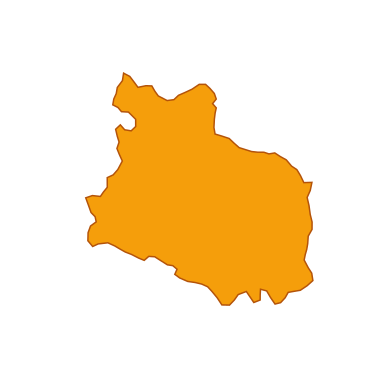 Pedro Teixeira, Minas Gerais, Brazil (Albers equal-area conic projection), rotated 158°
{"feature_id": "56859067B10372811020513", "entity_name": "Pedro Teixeira", "entity_type": "district", "adm_level": 2, "iso_a3": "BRA", "parent_name": "Brazil", "parent_adm1": "Minas Gerais", "projection": "albers", "projection_center": [-43.727, -21.732], "detail": "fine", "context": "isolated", "style": "filled", "palette": "amber", "viewbox_px": 384, "rotation_deg": 158, "n_neighbors": 0, "source": "geoboundaries", "source_scale": "gbopen_adm2", "svg_char_len": 1713}
<svg xmlns="http://www.w3.org/2000/svg" viewBox="0 0 384 384"><g transform="rotate(158 192 192)"><path d="M77.2,156.0L84.8,158.8L85.3,166.7L86.4,173.4L90.0,178.7L92.5,186.4L97.0,192.0L100.6,197.2L106.4,198.5L110.4,201.9L116.2,204.3L121.6,207.2L126.0,210.8L131.7,215.5L134.7,221.5L137.5,227.7L143.4,232.7L148.9,237.1L147.5,243.6L144.0,251.1L141.0,256.5L138.0,260.9L139.8,266.2L134.7,269.1L134.4,275.0L136.6,281.4L139.1,286.7L145.0,289.1L153.5,287.3L161.2,286.9L168.3,286.7L174.2,284.4L180.8,286.1L187.3,293.7L188.7,299.4L189.5,305.4L194.9,307.8L202.9,309.3L204.7,316.3L206.4,322.5L210.9,327.8L214.8,321.3L222.1,316.9L225.4,311.6L229.7,307.5L232.8,302.5L229.0,298.1L227.3,292.9L221.0,289.9L217.0,280.5L219.7,273.8L225.5,271.5L231.1,274.9L233.3,281.1L239.3,278.8L240.4,271.7L240.9,265.6L245.3,260.5L245.3,254.1L245.0,246.8L252.4,240.6L258.7,237.4L265.2,237.1L268.8,228.1L274.2,225.1L278.6,222.2L285.7,226.0L292.7,226.4L293.0,217.6L293.3,210.8L291.1,205.4L292.0,200.2L298.8,198.5L303.6,193.2L306.8,185.8L304.5,178.7L298.4,179.0L289.0,176.4L283.8,170.9L280.0,165.9L276.4,161.4L271.5,156.8L266.1,150.6L261.9,146.5L256.2,148.5L250.8,145.9L246.4,139.7L242.1,133.7L237.4,130.9L234.8,126.0L238.8,122.1L235.6,116.9L229.5,110.7L223.0,106.9L217.5,103.0L213.0,98.3L210.8,92.5L208.3,84.6L206.6,76.1L199.6,73.1L193.2,76.0L187.6,79.6L178.9,79.4L177.4,72.5L176.1,66.4L169.3,66.3L167.3,71.1L164.9,76.2L159.8,72.3L158.7,64.6L157.0,57.0L151.3,56.2L145.3,59.0L140.4,62.9L134.7,61.7L128.4,60.3L120.3,62.0L113.1,64.6L111.4,71.9L112.6,78.2L113.5,86.9L110.4,91.6L107.2,95.7L104.1,100.7L100.8,107.5L94.7,112.4L91.9,119.2L90.8,126.9L88.6,135.6L87.3,143.8L81.8,149.1L77.2,156.0Z" fill="#f59e0b" stroke="#b45309" stroke-width="1.5"/></g></svg>